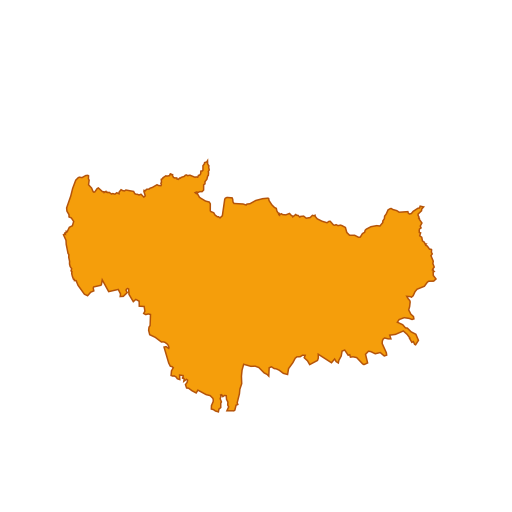 outline of Ovejas, Sucre, Colombia, rotated 330°
{"feature_id": "7082276B76166761689689", "entity_name": "Ovejas", "entity_type": "district", "adm_level": 2, "iso_a3": "COL", "parent_name": "Colombia", "parent_adm1": "Sucre", "projection": "natural_earth1", "projection_center": [-75.171, 9.561], "detail": "fine", "context": "isolated", "style": "filled", "palette": "amber", "viewbox_px": 512, "rotation_deg": 330, "n_neighbors": 0, "source": "geoboundaries", "source_scale": "gbopen_adm2", "svg_char_len": 6144}
<svg xmlns="http://www.w3.org/2000/svg" viewBox="0 0 512 512"><g transform="rotate(330 256 256)"><path d="M425.7,297.3L423.1,294.9L421.6,296.2L420.0,295.6L414.5,295.9L411.8,296.9L409.9,296.4L409.3,295.0L409.7,293.5L401.9,289.7L400.6,287.1L397.6,284.0L397.0,282.6L396.0,282.1L393.4,282.1L389.7,284.8L387.3,285.8L385.8,287.9L383.3,289.1L382.6,290.4L378.3,292.0L375.8,290.1L370.2,288.1L365.0,287.9L363.4,288.3L361.9,289.8L359.4,289.8L355.7,291.8L354.2,291.1L351.8,287.4L347.4,284.8L346.4,281.0L347.7,276.0L345.6,272.6L344.6,271.5L342.2,270.7L341.0,268.9L339.6,268.8L338.6,267.8L337.6,263.0L336.5,262.5L334.1,262.7L330.5,258.8L327.6,254.4L327.1,251.5L327.5,250.2L326.4,250.2L325.2,249.0L322.2,249.8L318.4,248.4L317.2,245.3L314.4,244.0L313.4,244.2L312.7,241.9L311.5,241.0L311.2,239.9L307.5,240.5L307.7,239.8L306.9,238.7L306.3,235.9L302.4,235.3L299.8,233.5L299.1,232.1L297.4,231.8L296.8,232.5L296.4,231.5L297.4,230.6L296.6,229.5L296.6,227.3L297.4,224.9L296.3,223.3L295.3,219.6L295.0,214.5L295.7,212.6L295.3,211.9L290.5,209.7L283.6,207.8L276.9,207.7L274.1,206.5L272.9,206.9L270.8,204.5L263.2,199.5L263.1,197.6L264.2,195.2L264.4,193.7L260.2,190.8L258.4,190.6L257.3,191.2L247.0,204.3L243.9,205.0L243.1,203.2L242.2,202.8L241.0,200.0L241.0,197.4L239.1,194.9L239.0,194.0L242.5,188.0L242.5,185.9L239.7,183.1L237.0,178.2L236.4,176.9L236.4,172.8L235.5,172.2L235.0,170.7L236.6,170.9L237.6,172.0L239.3,172.1L241.5,173.3L243.6,172.7L246.3,168.1L247.9,168.0L249.0,166.1L251.8,165.0L254.2,162.5L255.0,162.4L256.5,160.3L256.9,159.0L258.5,158.1L259.5,155.2L260.3,154.5L260.1,152.2L261.7,149.2L260.3,149.9L258.2,149.4L257.3,150.4L255.2,151.3L253.0,155.1L252.2,155.5L250.7,154.9L249.2,157.1L247.6,157.8L246.5,157.4L244.9,158.6L243.6,157.5L242.6,157.4L239.2,153.0L236.9,152.2L236.4,151.1L235.2,150.7L233.7,151.2L230.5,150.5L229.4,150.8L228.9,150.3L227.0,150.8L226.3,149.9L226.0,150.6L226.4,148.8L224.3,147.5L223.8,146.5L224.0,144.2L224.4,143.8L223.3,143.0L223.3,142.2L222.6,142.1L221.3,143.2L218.6,142.2L218.1,141.5L214.5,141.7L213.9,142.3L212.3,142.2L211.0,144.9L210.0,145.4L209.7,147.0L208.8,147.6L206.9,146.3L205.9,144.8L200.6,144.8L198.1,144.3L196.9,144.6L194.5,143.5L192.6,144.2L191.9,143.2L191.2,144.1L190.2,148.5L188.3,148.9L187.3,145.0L185.2,144.7L184.1,143.2L183.0,142.6L182.2,141.3L182.3,138.9L176.3,133.8L174.7,133.9L173.3,132.8L172.3,131.1L169.4,132.2L168.5,133.6L167.0,131.6L164.7,131.9L163.2,130.3L161.9,130.1L160.6,127.4L159.4,127.1L159.3,126.5L158.4,126.1L158.4,125.0L156.2,125.1L156.4,124.3L155.2,123.5L153.5,118.2L152.1,118.2L148.4,119.9L147.5,119.7L147.1,118.7L147.6,115.0L146.6,110.6L149.4,106.9L149.5,105.3L151.1,102.8L150.6,102.0L148.8,101.2L144.5,101.1L142.4,99.4L141.1,99.3L137.8,100.2L131.0,105.8L125.6,111.4L116.0,119.7L114.7,122.6L114.7,126.7L113.6,128.7L115.1,130.7L115.4,134.9L112.1,138.0L108.7,137.8L105.0,140.3L104.0,139.7L103.8,140.8L102.5,140.5L101.9,141.7L101.6,140.9L101.1,141.4L99.9,141.3L99.3,147.4L97.4,151.2L94.5,159.8L94.6,161.3L93.2,163.4L91.9,167.4L90.5,169.7L89.8,172.2L90.0,174.8L88.4,176.4L88.8,177.4L87.6,179.1L86.8,181.9L86.3,184.8L87.0,185.4L86.4,186.5L87.9,187.4L87.2,192.4L88.3,203.3L90.3,206.2L94.8,204.7L98.1,205.1L99.0,202.4L99.9,201.6L107.0,203.8L107.8,203.5L110.9,199.8L110.6,213.2L120.0,216.1L119.7,221.1L118.1,223.2L120.9,224.6L126.2,223.3L126.3,220.6L127.2,220.0L128.5,219.9L129.2,220.8L126.8,225.8L126.9,234.2L130.2,233.5L132.2,236.7L129.8,241.1L133.9,243.8L132.2,248.2L130.0,249.6L131.2,251.6L133.7,252.3L135.4,253.9L129.5,263.3L127.8,264.1L125.9,266.6L124.6,271.0L128.1,276.1L131.1,283.2L132.8,284.0L134.0,285.3L135.2,288.1L135.3,289.7L134.9,291.7L134.2,292.4L132.8,289.5L130.8,288.9L126.9,305.0L126.7,308.6L128.0,309.9L128.5,311.4L125.4,313.2L122.7,317.0L124.1,318.6L125.1,318.8L126.3,320.8L126.5,323.0L128.2,324.9L130.3,320.9L133.1,323.1L132.3,324.7L131.7,324.5L131.3,325.1L132.1,325.8L132.3,326.7L130.9,328.4L134.1,328.0L134.7,329.3L133.2,331.0L130.6,332.1L129.9,335.6L131.5,336.8L133.2,340.7L135.7,344.7L138.6,343.1L143.5,351.1L146.5,354.0L147.5,357.7L147.1,359.2L146.1,360.7L142.6,363.3L140.8,366.2L142.3,367.7L143.4,370.0L145.5,372.2L147.3,370.1L149.7,369.6L151.9,365.8L153.1,365.1L153.6,361.7L155.3,360.2L155.9,358.6L156.9,358.9L157.0,361.2L159.0,361.0L160.4,362.1L158.8,365.4L158.6,368.5L157.0,370.9L156.9,373.0L153.4,375.5L159.4,379.0L160.6,378.9L164.2,375.2L166.0,375.5L166.3,373.7L172.7,367.1L175.4,363.3L179.8,359.4L183.3,352.8L186.9,347.8L191.2,343.6L196.4,349.0L200.2,351.0L202.7,354.0L204.6,361.3L206.4,364.1L207.0,366.4L211.5,359.4L213.9,359.6L215.5,362.6L217.1,363.8L219.0,366.5L221.0,371.3L224.1,374.4L227.9,369.8L234.6,366.8L238.9,364.1L241.1,363.8L243.9,365.3L246.7,365.2L248.9,366.6L246.9,368.2L248.2,372.6L248.2,376.9L257.0,377.2L258.9,375.6L260.8,372.2L268.0,386.2L272.6,384.5L272.6,387.5L273.8,389.8L275.6,387.8L279.8,385.2L283.0,381.4L285.8,381.8L286.2,388.0L287.8,388.4L287.2,390.8L289.6,391.8L292.4,394.3L294.3,402.3L294.8,403.6L295.6,404.1L299.2,404.4L301.7,395.9L305.8,394.7L307.7,396.3L310.4,400.3L315.3,401.7L317.1,406.7L319.6,407.2L320.5,405.0L321.5,394.9L322.9,392.8L324.6,391.5L326.4,391.3L329.1,393.9L331.4,395.2L332.2,391.4L337.5,393.6L346.1,394.6L347.7,399.5L348.2,403.9L347.8,404.0L347.8,408.7L349.5,408.8L349.2,411.8L349.8,412.7L354.5,410.3L355.3,403.7L352.4,399.2L351.0,394.1L349.5,393.0L348.7,388.9L345.3,384.0L348.2,382.6L353.5,383.5L357.4,386.6L359.4,389.0L361.3,389.4L362.1,387.2L361.0,383.8L361.3,379.0L363.7,376.7L366.5,372.9L366.9,371.4L366.4,369.2L366.4,366.3L369.3,368.3L370.0,369.4L372.2,369.0L375.9,366.4L378.9,365.3L386.7,366.4L391.2,364.4L392.9,364.2L397.3,366.6L400.4,365.9L399.8,361.5L401.2,358.8L402.3,358.5L401.2,357.7L401.8,357.8L402.6,357.1L402.5,356.4L402.0,356.2L402.5,355.7L404.8,354.7L405.4,351.0L406.9,349.1L407.7,343.2L409.7,342.3L409.8,340.4L411.2,338.4L411.0,337.7L409.7,336.9L409.3,333.0L408.3,331.6L408.5,331.0L409.4,330.7L408.4,329.8L408.7,328.3L407.7,326.1L408.9,322.7L407.9,320.3L410.1,318.3L409.2,317.3L410.2,315.3L411.2,314.3L413.0,314.2L413.2,312.2L416.2,310.4L415.8,306.0L416.2,305.4L415.8,304.5L416.6,303.9L416.7,301.8L417.4,300.7L422.0,299.6L423.0,298.2L425.7,297.3Z" fill="#f59e0b" stroke="#b45309" stroke-width="1.5"/></g></svg>